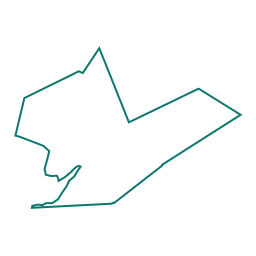 the district of Beausejour/Myers Bridge, Soufrière, Saint Lucia
{"feature_id": "8701671B90029568380485", "entity_name": "Beausejour/Myers Bridge", "entity_type": "district", "adm_level": 2, "iso_a3": "LCA", "parent_name": "Saint Lucia", "parent_adm1": "Soufrière", "projection": "robinson", "projection_center": [-61.036, 13.822], "detail": "fine", "context": "isolated", "style": "outline", "palette": "teal", "viewbox_px": 256, "rotation_deg": 0, "n_neighbors": 0, "source": "geoboundaries", "source_scale": "gbopen_adm2", "svg_char_len": 767}
<svg xmlns="http://www.w3.org/2000/svg" viewBox="0 0 256 256"><path d="M32.3,205.9L31.9,207.8L111.5,203.7L112.8,202.8L114.0,203.0L116.0,201.5L161.9,165.8L162.2,164.7L240.6,114.8L199.0,88.9L198.5,88.7L128.9,122.3L99.3,48.2L82.8,73.0L80.9,72.2L78.8,71.3L25.1,97.7L24.4,98.0L15.4,135.6L19.2,136.6L43.3,145.8L49.2,151.1L47.9,156.9L44.6,168.9L45.8,174.7L51.3,176.1L56.8,175.7L58.1,178.1L58.6,180.9L58.8,180.8L61.0,179.5L63.8,177.8L66.4,176.0L66.8,175.4L67.5,175.0L69.7,173.1L71.5,171.6L71.9,171.0L73.5,169.4L73.8,169.1L75.7,167.4L77.3,166.3L79.4,166.1L80.1,166.3L80.5,166.5L80.4,167.0L77.9,170.4L74.5,176.1L72.8,177.7L69.0,181.0L66.9,185.8L61.9,193.0L58.1,199.3L52.2,203.1L46.2,203.1L42.4,205.1L37.8,204.6L32.3,205.9Z" fill="none" stroke="#0f766e" stroke-width="2"/></svg>